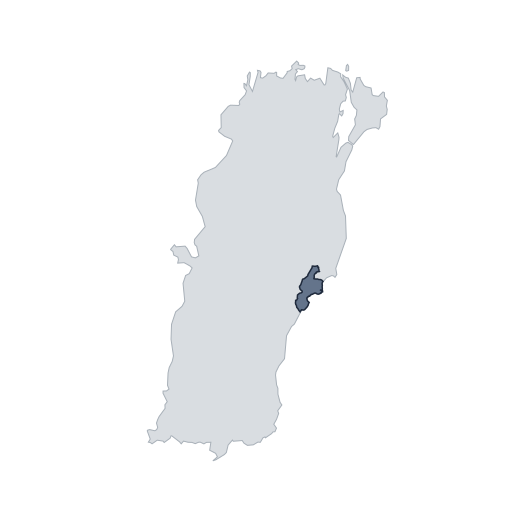 location of Samsun within Turkey, rotated 107°
{"feature_id": "TUR-2296", "entity_name": "Samsun", "entity_type": "Province", "adm_level": 1, "iso_a3": "TUR", "parent_name": "Turkey", "parent_adm1": "", "projection": "robinson", "projection_center": [35.998, 41.292], "detail": "fine", "context": "in_parent", "style": "filled", "palette": "slate", "viewbox_px": 512, "rotation_deg": 107, "n_neighbors": 0, "source": "natural_earth", "source_scale": "10m", "svg_char_len": 5685}
<svg xmlns="http://www.w3.org/2000/svg" viewBox="0 0 512 512"><g transform="rotate(107 256 256)"><path d="M390.9,187.7L397.7,190.0L399.9,188.3L406.1,188.6L411.7,189.8L414.6,186.1L418.5,186.5L419.3,188.4L421.2,189.1L427.1,193.8L426.4,194.5L427.9,196.2L432.9,197.4L433.4,199.8L437.4,203.4L439.6,208.9L438.5,212.8L436.5,215.2L439.8,223.6L438.9,224.7L445.0,227.4L452.6,226.9L455.0,228.1L462.6,234.8L464.5,237.4L459.3,234.2L456.5,236.9L455.3,243.5L447.3,244.7L448.7,248.9L450.9,250.9L450.3,254.9L450.9,256.5L453.2,259.2L453.0,262.8L454.0,266.6L454.2,271.2L457.5,272.6L456.1,274.7L452.6,284.0L452.9,284.7L455.4,284.9L461.2,289.3L460.2,290.7L461.0,296.6L466.0,300.5L465.3,302.5L465.5,304.5L462.0,303.6L455.0,308.9L454.2,308.7L453.1,306.9L452.7,301.6L451.0,300.2L448.7,299.9L444.9,302.3L441.3,302.2L437.8,301.7L428.3,298.4L424.9,299.6L421.3,298.3L414.4,304.8L412.3,305.4L411.2,302.1L408.7,300.3L405.6,302.8L393.6,305.9L388.1,306.4L381.3,305.3L375.7,305.7L360.5,312.9L346.0,316.8L332.9,316.5L325.7,312.0L320.1,310.9L303.4,317.8L295.2,317.6L292.4,314.7L286.1,313.6L284.8,316.3L283.4,322.8L285.7,328.8L282.1,329.1L279.9,330.4L279.2,334.9L276.0,336.7L274.9,339.5L274.3,339.5L269.1,337.3L270.6,335.1L267.3,326.7L268.9,324.1L275.7,317.4L275.5,313.4L272.6,310.7L264.0,315.6L263.2,317.6L261.2,319.0L258.0,319.6L242.8,313.2L233.8,318.9L226.1,327.1L220.3,330.2L203.2,332.5L200.2,334.1L194.4,332.3L191.0,330.1L183.2,320.7L168.5,313.6L152.8,311.9L151.4,313.7L150.7,321.0L148.1,327.8L146.8,328.5L143.4,326.8L131.2,330.8L121.0,326.3L119.2,324.4L117.1,316.5L115.6,315.9L113.9,317.0L112.2,317.0L104.9,313.5L100.9,313.3L98.4,316.7L94.5,318.0L94.4,317.1L96.0,314.9L89.8,315.3L86.4,317.0L82.0,316.0L82.3,315.1L86.0,314.0L94.3,312.8L99.7,307.5L79.9,307.7L78.0,308.9L77.8,306.2L78.9,304.9L84.2,303.9L83.9,301.6L80.8,299.2L77.4,297.9L76.0,292.1L74.3,290.7L74.5,289.9L77.8,288.9L78.6,284.7L78.2,282.1L71.9,279.8L70.4,280.1L69.0,277.8L66.3,276.2L64.0,277.5L57.7,274.1L59.0,271.6L60.6,271.7L60.9,269.7L59.8,266.5L60.0,264.8L61.4,264.4L62.9,264.7L64.5,266.6L64.5,270.3L66.2,272.5L67.5,270.3L70.4,271.5L75.6,270.4L76.7,269.4L72.8,269.5L71.5,268.6L68.5,262.5L71.8,260.8L74.2,257.8L69.9,255.8L70.9,251.7L67.3,246.9L72.5,240.9L72.3,240.1L70.7,239.7L55.0,242.3L54.8,239.5L56.1,237.2L56.2,231.4L57.0,228.3L59.9,227.4L63.6,222.8L69.6,217.4L75.6,217.5L78.0,216.0L81.6,215.9L82.5,218.0L85.6,219.5L91.1,219.3L93.8,217.9L91.3,215.2L94.5,214.4L97.0,215.0L95.5,217.9L96.3,218.2L103.4,217.3L110.8,218.0L119.1,217.7L120.1,216.8L114.4,213.8L118.2,211.3L120.3,210.8L137.6,208.4L137.7,207.8L127.2,206.5L121.8,203.1L120.4,201.3L121.6,196.8L122.8,195.6L126.6,195.4L139.5,197.5L148.8,196.3L158.8,199.2L168.5,198.6L170.5,197.3L173.0,193.0L186.8,185.8L191.6,182.1L212.8,174.8L244.5,176.1L250.1,173.3L253.3,174.2L252.4,176.1L252.5,177.8L256.3,182.2L261.9,184.7L269.8,182.5L272.6,183.4L275.4,190.2L280.3,194.2L282.6,194.5L285.5,192.1L288.4,191.8L293.0,194.2L294.7,196.6L309.9,199.4L313.0,201.4L323.3,203.5L345.9,198.7L354.3,201.9L361.2,203.0L364.2,202.5L373.3,198.6L376.1,196.4L381.8,194.6L388.9,190.2L390.9,187.7ZM98.9,175.8L98.2,178.8L99.5,182.1L102.5,186.8L105.6,189.1L120.9,195.4L118.5,201.3L114.6,202.2L101.5,199.3L96.1,201.7L92.2,201.1L86.8,202.2L85.1,205.7L81.2,209.8L70.4,214.8L60.4,224.7L57.5,226.0L58.9,222.6L58.9,219.7L63.3,216.2L69.4,213.6L71.0,211.4L56.1,211.8L54.8,208.7L56.3,208.1L61.4,202.7L62.0,200.5L61.7,195.1L67.7,192.1L68.3,190.8L67.5,185.5L62.0,182.5L62.2,181.0L66.3,179.6L68.7,175.9L74.5,175.2L77.4,173.4L82.4,172.5L88.5,177.0L96.0,175.3L98.9,175.8ZM52.5,224.4L47.5,225.2L46.0,224.4L47.6,222.8L51.5,221.7L52.7,223.3L52.5,224.4Z" fill="#d9dde1" stroke="#a8b0b8" stroke-width="1"/><path d="M260.7,184.5L261.3,184.7L262.3,184.8L263.3,184.7L263.7,184.5L264.6,184.0L265.9,183.8L268.2,182.9L268.7,182.9L269.2,182.7L270.1,182.0L270.6,181.9L270.6,182.1L270.5,182.3L270.4,182.4L270.2,182.6L270.0,183.1L269.6,183.9L269.7,184.3L269.8,184.3L269.9,183.7L270.1,183.1L270.4,182.6L270.7,182.3L270.9,182.1L271.0,182.1L272.3,183.2L272.3,182.9L272.5,182.9L274.1,184.8L274.4,185.6L274.4,186.7L274.4,186.9L274.2,187.4L274.1,187.5L274.1,188.4L274.2,188.8L274.4,189.2L275.4,190.3L276.0,190.7L276.6,192.0L277.0,192.2L278.1,192.8L278.7,192.9L278.8,193.0L278.9,193.5L279.0,193.8L279.2,194.0L279.4,194.0L279.6,194.1L279.8,194.3L280.0,194.6L280.3,194.8L280.7,194.8L280.9,194.9L281.3,195.1L281.8,195.0L282.7,194.5L283.9,193.6L284.1,193.3L284.1,193.1L284.5,192.6L284.5,192.4L284.7,191.8L285.0,191.5L285.6,191.7L286.1,191.8L288.0,191.8L289.7,192.2L292.9,193.7L293.5,194.2L293.9,195.0L294.0,196.2L294.1,196.7L294.4,196.9L294.9,196.9L295.7,197.4L296.2,197.6L296.5,197.6L295.4,199.2L294.2,200.4L293.2,202.0L291.5,202.9L290.7,203.8L290.3,204.0L289.5,204.5L288.7,204.7L287.7,204.8L287.3,205.0L286.8,205.1L286.5,204.5L285.7,204.0L284.6,204.0L284.4,203.9L284.3,204.1L283.5,204.4L281.1,204.9L278.8,203.4L278.5,202.8L278.2,202.2L277.6,201.6L276.8,201.3L275.9,201.8L275.5,203.0L274.9,204.1L273.9,204.7L273.1,205.3L272.2,205.5L270.5,204.8L267.6,204.7L266.8,204.6L265.1,204.7L264.4,204.5L263.7,203.3L260.5,201.1L259.8,200.7L258.5,200.9L251.7,199.2L250.9,199.0L249.2,199.2L248.9,198.2L248.8,197.2L248.5,196.2L247.4,194.3L247.7,194.1L248.2,193.8L248.6,193.5L248.4,193.0L248.6,192.8L248.8,192.7L249.4,192.7L249.6,192.6L250.3,192.0L251.5,191.5L252.1,191.3L252.3,190.9L252.5,191.1L252.7,191.5L252.8,192.0L252.9,192.4L253.0,192.7L253.4,192.9L254.1,193.2L253.8,193.5L254.0,193.7L255.0,193.8L255.6,194.3L256.2,194.6L257.2,194.7L258.1,194.6L258.8,194.2L259.2,194.0L260.3,194.2L260.8,193.9L260.6,192.3L260.4,191.6L260.2,191.0L260.0,190.4L260.1,189.6L260.1,188.9L259.7,187.6L259.8,186.2L260.7,184.5L260.7,184.5Z" fill="#64748b" stroke="#1e293b" stroke-width="1.5"/></g></svg>